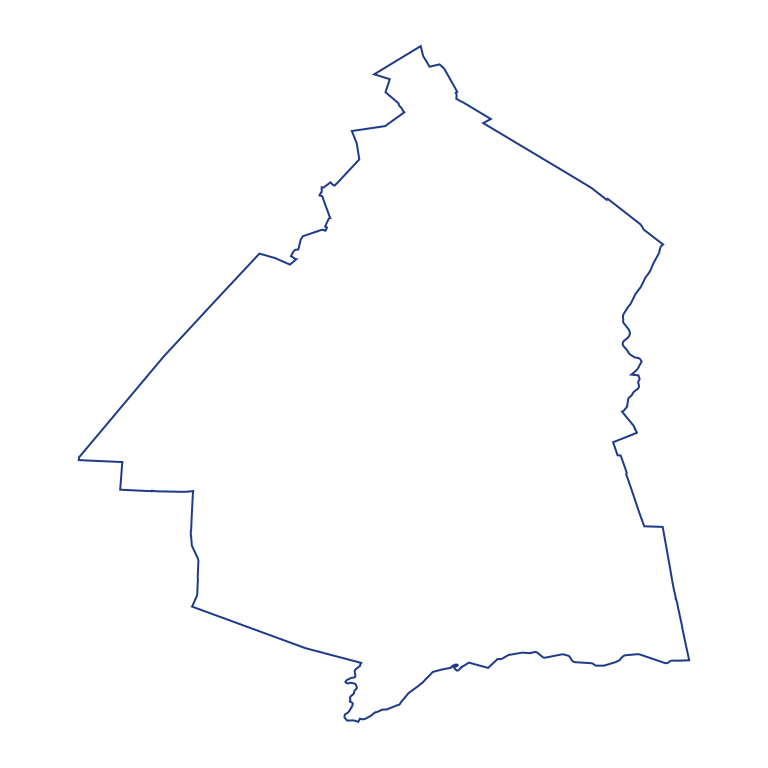 the district of Coevorden, Drenthe, Netherlands
{"feature_id": "6326949B84902170380829", "entity_name": "Coevorden", "entity_type": "district", "adm_level": 2, "iso_a3": "NLD", "parent_name": "Netherlands", "parent_adm1": "Drenthe", "projection": "equal_earth", "projection_center": [6.762, 52.753], "detail": "fine", "context": "isolated", "style": "outline", "palette": "blue", "viewbox_px": 768, "rotation_deg": 0, "n_neighbors": 0, "source": "geoboundaries", "source_scale": "gbopen_adm2", "svg_char_len": 6001}
<svg xmlns="http://www.w3.org/2000/svg" viewBox="0 0 768 768"><path d="M192.0,606.6L305.5,648.2L361.2,662.9L360.7,663.7L360.4,664.2L360.2,665.4L360.0,665.8L355.9,669.1L355.2,670.0L354.8,670.7L354.7,671.4L355.3,675.3L355.3,676.0L355.3,676.6L355.0,677.0L354.5,677.4L353.8,677.6L351.7,677.8L350.9,678.0L349.1,679.0L347.5,679.6L346.6,680.3L345.4,681.7L345.5,682.1L346.0,682.6L346.8,683.1L347.5,683.4L348.2,683.4L350.2,682.8L350.7,682.8L353.1,683.2L354.7,683.7L355.2,684.0L355.7,684.5L356.7,686.9L356.9,687.6L356.7,688.3L356.4,688.7L355.6,689.7L354.8,690.3L354.6,690.6L354.2,691.6L354.0,693.2L353.7,693.7L353.1,694.4L351.0,696.0L350.4,696.7L350.0,697.5L350.1,698.1L350.3,699.0L350.4,699.6L350.3,699.9L350.1,700.5L349.8,701.1L349.8,701.4L350.1,701.7L351.5,702.2L352.2,702.8L352.8,703.5L352.7,704.3L352.0,706.5L348.8,711.7L347.9,712.6L345.6,714.0L345.1,714.4L344.8,714.8L344.6,715.6L344.5,717.2L344.6,717.5L345.0,718.1L347.2,720.6L351.7,720.4L353.2,720.4L355.3,720.8L356.6,721.3L357.3,721.6L358.2,721.9L360.0,718.6L361.2,719.1L361.9,719.2L363.4,719.3L364.4,719.1L366.5,718.2L371.2,715.6L371.5,715.2L372.4,714.7L373.0,713.8L374.6,713.0L375.0,712.5L375.7,712.2L376.4,712.2L378.2,711.5L379.2,711.0L380.7,710.4L382.0,709.6L382.9,709.7L385.3,709.5L387.4,709.4L388.1,708.9L391.1,707.7L391.7,707.5L395.9,705.7L398.9,704.8L399.4,704.6L400.2,703.5L401.3,701.7L403.3,699.5L408.6,693.0L419.3,685.3L420.4,684.1L422.0,683.1L424.3,680.8L425.3,679.6L429.4,675.5L432.7,672.0L441.5,669.6L450.9,667.8L450.9,667.5L451.1,667.1L452.4,666.0L454.1,665.1L455.8,664.5L456.3,664.5L457.4,664.8L457.6,665.0L457.7,665.4L457.5,665.7L456.3,666.4L455.1,666.7L454.2,667.2L453.9,667.5L454.7,668.2L454.9,668.9L455.3,669.3L457.2,670.7L458.1,670.4L459.6,669.3L460.3,668.1L461.7,667.4L461.6,666.8L463.7,665.9L468.8,662.6L488.1,667.9L496.9,659.7L497.1,659.3L498.6,659.0L500.4,659.1L501.6,658.9L502.1,658.7L508.5,655.0L521.8,652.7L523.3,652.7L528.7,653.1L530.0,653.1L531.3,652.9L533.9,652.1L534.9,652.0L536.1,652.1L537.2,652.5L537.9,653.1L542.7,657.1L543.2,657.4L543.8,657.6L544.6,657.7L545.6,657.6L561.7,654.4L562.9,654.4L563.9,654.5L568.1,655.7L568.6,655.9L569.3,656.3L569.7,656.8L572.1,660.7L572.9,661.4L573.8,661.8L574.6,662.1L575.4,662.2L591.3,663.2L591.9,663.3L592.7,663.6L595.4,665.4L596.2,665.6L596.9,665.7L603.2,665.7L604.5,665.5L615.7,662.1L616.9,661.5L619.5,660.2L620.3,659.4L621.0,658.2L621.7,657.5L623.7,655.9L624.3,655.6L624.8,655.4L626.4,655.2L637.2,654.2L638.9,654.3L640.2,654.6L664.5,662.9L665.6,663.2L666.3,663.2L667.3,663.0L668.1,662.6L670.1,661.2L671.0,660.8L671.9,660.6L673.1,660.6L677.6,660.7L689.2,660.3L684.3,637.8L682.2,627.4L681.7,624.5L677.7,606.0L677.3,603.5L676.1,599.3L675.7,599.0L675.5,598.3L675.8,598.0L674.5,592.1L673.7,588.6L672.4,581.9L670.1,568.4L662.7,526.9L644.2,526.3L639.8,514.0L639.4,513.0L630.2,485.7L626.1,474.0L626.8,472.8L620.7,455.5L617.6,455.3L613.1,442.3L617.7,440.4L621.1,439.1L635.3,433.4L635.6,433.3L636.9,432.8L636.9,432.6L635.4,429.7L634.8,428.3L634.7,428.4L633.8,426.2L633.5,425.6L624.5,414.7L623.2,412.9L622.1,411.7L622.7,411.5L623.7,410.7L625.7,408.4L626.8,407.0L626.6,406.9L627.2,405.7L627.4,404.7L628.1,399.4L628.3,398.7L628.5,398.2L629.9,396.8L631.9,395.1L632.8,393.3L633.4,392.4L634.0,391.7L634.8,391.0L637.5,389.1L638.3,388.2L638.7,387.6L638.9,386.6L639.0,385.6L638.2,382.6L638.2,382.0L638.4,381.4L639.4,379.6L639.6,379.0L639.4,378.2L639.1,377.2L638.9,376.8L638.5,375.4L631.4,374.6L633.5,372.9L634.9,371.7L636.1,370.5L637.5,369.0L638.0,368.3L641.6,361.5L640.2,359.2L639.5,358.6L638.7,358.2L638.1,358.0L635.9,357.6L634.7,357.3L634.1,357.0L632.7,356.2L629.7,354.1L628.8,353.1L627.2,350.4L623.6,346.2L623.0,345.3L622.8,344.6L622.7,343.6L622.9,342.6L623.2,341.9L623.9,340.9L627.2,338.3L627.7,337.8L628.5,336.9L628.9,336.3L629.4,335.3L629.8,334.2L629.9,333.2L629.8,332.4L629.6,331.4L629.3,330.6L628.9,329.8L626.8,327.0L623.7,323.1L623.3,322.3L623.1,321.7L623.1,321.3L623.3,319.8L623.2,319.3L623.0,317.6L622.9,316.9L623.1,315.5L623.5,314.2L627.5,307.9L628.4,306.5L630.1,304.6L630.9,303.3L635.1,294.8L635.8,293.6L636.5,292.6L640.0,288.1L640.9,286.8L645.1,278.2L645.9,276.9L648.3,273.8L649.7,271.6L650.7,269.8L652.9,264.5L653.8,262.6L658.4,254.2L659.0,252.9L660.2,248.3L660.6,247.1L661.1,246.2L662.5,245.0L663.1,244.5L643.7,229.6L642.5,227.4L641.5,225.8L640.3,224.2L607.7,198.8L606.8,199.9L591.7,188.1L577.7,179.6L483.2,123.1L490.8,119.0L462.7,102.1L460.7,101.3L456.3,98.7L456.7,95.1L455.7,92.8L457.2,91.9L453.7,85.4L444.1,68.5L439.5,64.4L429.5,66.7L426.2,60.9L423.2,56.2L420.7,46.1L403.7,56.4L374.2,74.3L389.8,79.2L385.5,92.2L398.6,103.4L398.8,104.7L399.2,105.6L399.7,106.2L401.3,107.8L403.3,111.2L404.0,112.0L404.3,112.3L385.1,126.1L351.8,131.0L352.4,132.4L356.7,143.2L359.3,159.4L339.2,180.9L339.3,180.9L334.6,185.6L333.2,184.9L332.6,184.5L330.4,182.3L326.6,185.4L325.9,185.8L324.1,187.1L323.8,187.5L322.2,187.5L321.7,187.3L321.6,189.8L321.8,190.8L321.4,192.6L321.1,192.8L320.8,192.8L319.5,195.4L322.2,196.1L325.2,204.6L326.1,207.1L327.6,210.9L328.9,214.7L329.9,217.2L330.3,218.0L329.3,218.2L328.6,219.1L326.4,223.6L325.9,224.9L325.1,226.4L325.1,226.6L326.8,227.3L327.0,227.6L326.8,228.1L326.0,229.7L325.9,230.1L325.4,230.1L325.1,230.7L322.9,229.7L321.2,230.0L302.9,236.2L300.9,239.3L300.6,240.3L298.3,249.5L295.2,249.8L293.1,252.0L291.0,256.1L291.3,256.2L295.9,259.3L296.2,259.3L290.0,264.6L274.2,257.7L273.3,257.6L259.5,253.6L258.4,254.7L217.7,298.2L163.8,356.4L79.0,457.4L79.0,457.7L78.8,460.1L120.4,462.0L122.3,462.0L120.2,489.7L144.6,490.9L150.5,491.1L152.0,491.2L152.1,490.7L154.6,491.1L156.6,491.3L180.6,491.8L183.9,491.8L187.1,491.7L190.2,491.4L193.2,491.0L193.2,491.8L193.0,492.2L192.8,495.0L192.2,506.9L191.8,514.1L191.1,530.4L190.8,530.9L190.9,531.0L190.8,533.0L190.8,535.3L190.9,536.3L191.1,536.3L191.2,537.0L191.7,543.9L191.8,545.1L192.0,545.9L197.7,558.2L198.1,559.3L198.4,560.8L197.7,577.0L197.9,578.0L197.9,579.0L197.8,581.4L197.8,582.8L197.7,582.8L197.3,593.5L197.2,594.2L197.0,595.4L196.6,596.5L192.7,605.3L192.0,606.6Z" fill="none" stroke="#1e3a8a" stroke-width="2"/></svg>